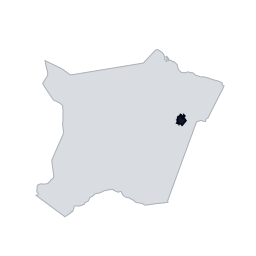 Kibwezi West, Eastern, Kenya shown in context, rotated 261°
{"feature_id": "3690345B25425189689724", "entity_name": "Kibwezi West", "entity_type": "district", "adm_level": 2, "iso_a3": "KEN", "parent_name": "Kenya", "parent_adm1": "Eastern", "projection": "orthographic", "projection_center": [37.912, -2.311], "detail": "fine", "context": "in_parent", "style": "filled", "palette": "ink", "viewbox_px": 256, "rotation_deg": 261, "n_neighbors": 0, "source": "geoboundaries", "source_scale": "gbopen_adm2", "svg_char_len": 4845}
<svg xmlns="http://www.w3.org/2000/svg" viewBox="0 0 256 256"><g transform="rotate(261 128 128)"><path d="M48.5,155.9L48.4,152.5L48.9,143.8L48.9,136.2L49.3,132.4L51.2,130.0L52.0,128.2L52.6,125.8L53.6,123.8L55.9,122.1L56.3,121.2L58.6,118.5L60.0,115.0L61.1,113.8L62.4,112.7L63.4,112.2L64.9,111.6L66.1,111.3L66.4,111.0L66.5,110.4L66.1,108.3L66.6,107.5L67.4,106.1L68.3,104.8L69.2,103.9L69.7,103.0L69.9,101.5L69.9,100.4L69.9,98.7L69.7,94.7L68.7,91.3L68.1,87.6L68.5,86.4L67.7,84.2L67.4,84.1L66.7,83.6L65.9,81.5L65.3,79.6L64.9,79.2L62.2,77.5L60.9,73.7L59.4,72.8L58.7,68.9L58.5,67.8L59.4,64.0L59.3,63.1L58.4,62.3L55.9,61.5L53.9,59.9L54.1,59.3L54.3,58.8L53.2,58.4L50.2,51.8L54.2,47.9L58.2,43.9L63.4,38.8L68.2,34.2L72.3,30.1L76.0,26.6L75.9,27.2L75.9,28.1L76.3,28.7L77.1,29.1L78.1,28.7L79.0,28.1L79.9,28.0L85.4,29.5L86.3,30.8L86.3,32.2L86.5,33.2L86.1,34.2L85.6,37.3L85.7,40.1L87.4,42.2L88.8,43.8L90.0,46.1L90.9,46.8L92.1,47.2L95.8,47.3L101.4,47.4L106.8,47.6L107.3,47.6L108.4,47.9L113.4,51.0L117.9,53.9L121.8,56.4L125.5,58.8L129.1,61.1L132.0,63.1L134.7,63.7L139.2,63.9L142.4,64.0L145.2,64.9L149.5,65.6L152.7,66.0L154.7,66.5L160.0,66.9L160.9,66.6L163.3,64.5L165.9,61.0L166.9,59.1L170.4,57.2L176.4,54.5L180.6,52.6L185.3,50.7L187.4,52.4L190.4,55.0L191.7,56.3L192.8,56.9L194.4,57.3L196.3,57.3L197.4,57.2L199.6,56.9L204.7,56.6L207.6,56.6L205.1,60.1L202.2,64.3L196.8,72.0L192.7,76.1L189.6,79.2L189.4,79.7L189.4,83.1L189.4,91.5L189.5,108.3L189.6,125.1L189.7,141.9L189.7,150.3L189.7,153.2L192.4,156.7L195.1,160.2L198.6,164.8L200.5,167.2L200.8,168.0L200.7,169.7L197.8,173.1L195.4,174.7L192.2,175.4L191.3,175.2L190.0,174.7L189.5,175.6L189.1,176.9L188.4,176.6L187.9,176.2L188.2,178.5L188.5,179.6L188.1,181.1L186.5,182.4L186.4,183.6L183.0,186.5L178.2,186.8L175.7,188.3L174.6,189.5L173.7,192.1L174.0,196.1L172.7,199.1L172.4,200.7L169.9,202.7L168.8,204.5L168.0,206.4L167.3,207.2L166.5,211.4L165.3,213.9L165.0,214.7L164.7,215.5L163.8,217.0L163.3,218.0L162.8,218.7L159.9,225.2L157.7,228.1L155.9,227.8L154.7,228.9L154.6,229.4L153.9,229.1L152.4,228.1L149.4,225.9L146.3,223.6L143.3,221.4L140.2,219.2L137.2,217.0L134.1,214.8L131.1,212.6L128.0,210.4L126.2,209.1L125.4,208.3L124.8,206.8L124.5,206.4L123.7,206.0L122.7,205.9L122.4,205.6L122.4,204.8L122.8,203.8L123.9,201.7L124.0,200.6L123.8,199.2L123.4,197.0L123.1,196.5L121.1,195.4L116.9,193.0L112.6,190.7L108.4,188.3L104.1,185.9L99.8,183.5L95.6,181.2L91.3,178.8L87.1,176.4L82.8,174.1L78.6,171.7L74.3,169.3L70.1,167.0L65.8,164.6L61.6,162.2L57.3,159.9L53.1,157.5L51.5,156.6L50.0,155.8L48.5,155.9ZM190.0,178.9L189.2,179.1L189.6,177.9L191.8,176.5L192.7,176.8L192.9,177.1L192.8,177.4L192.4,177.7L190.0,178.9Z" fill="#d9dde1" stroke="#a8b0b8" stroke-width="1"/><path d="M122.2,181.9L124.6,184.7L126.2,186.5L128.0,185.6L128.5,185.3L129.0,184.5L129.4,183.9L129.0,183.8L128.8,183.8L128.8,183.7L128.6,183.5L128.7,183.4L128.9,183.3L129.0,183.1L129.3,183.1L129.5,183.1L129.6,183.3L129.8,183.4L130.0,183.4L130.1,183.5L129.9,183.5L129.7,183.8L129.6,184.0L129.5,184.3L129.8,184.7L129.9,184.8L130.2,185.3L130.4,185.6L130.6,185.8L130.7,186.0L130.9,186.1L131.0,186.0L131.3,185.9L131.6,185.7L132.2,185.3L132.3,185.2L132.2,185.2L131.9,185.2L131.7,185.2L131.4,185.0L131.3,184.9L131.2,184.9L131.1,184.7L130.9,184.5L130.9,184.4L130.8,184.1L130.9,183.9L131.0,183.8L131.2,183.7L131.3,183.5L131.3,183.4L131.5,183.3L131.6,183.2L131.8,183.2L131.8,183.3L132.0,183.2L132.3,182.9L132.5,182.8L132.4,182.8L132.5,182.8L132.7,182.7L132.8,182.5L132.7,182.4L132.8,182.3L132.7,182.3L132.7,182.2L132.8,182.2L133.0,182.1L132.9,182.1L132.7,182.0L132.6,181.9L132.6,181.7L132.4,181.7L132.5,181.6L132.4,181.5L132.5,181.4L132.3,181.3L132.2,181.3L132.2,181.2L131.9,180.9L131.7,180.9L131.8,180.8L131.7,180.7L131.6,180.2L131.6,179.9L131.4,179.8L131.4,179.6L131.3,179.4L131.2,179.3L131.2,179.2L131.3,179.1L131.2,179.0L130.9,178.9L130.7,178.8L130.7,178.7L130.4,178.7L130.0,178.8L129.9,178.9L129.7,178.9L129.7,179.0L129.5,178.9L129.5,178.7L129.4,178.6L129.2,178.5L129.2,178.4L128.9,178.4L128.7,178.3L128.7,178.2L128.6,178.3L128.5,178.2L128.4,178.2L128.4,178.3L128.2,178.3L128.1,178.2L127.9,178.0L127.8,178.3L127.7,178.3L127.7,178.2L127.4,178.0L127.4,177.9L127.2,177.9L127.2,178.0L127.2,177.9L126.9,177.9L126.9,178.0L126.7,178.1L126.6,177.9L126.5,178.0L126.5,177.9L126.4,177.9L126.2,177.8L126.1,177.7L125.9,177.4L125.8,177.5L125.7,177.5L125.7,177.4L125.4,177.3L125.3,177.2L125.3,177.3L125.2,177.3L125.0,177.5L124.9,177.6L124.7,177.7L124.6,177.8L124.4,178.0L124.3,178.3L124.3,178.6L124.3,178.8L123.9,178.9L124.1,179.0L124.2,178.9L124.3,179.0L124.4,179.3L124.5,179.3L124.7,179.5L124.4,179.6L124.2,179.8L124.1,180.0L123.9,180.1L123.8,180.3L123.8,180.5L123.8,180.9L123.8,181.0L123.7,181.0L123.6,181.3L123.5,181.5L123.5,181.4L123.4,181.4L123.2,181.5L122.9,181.5L122.7,181.7L122.4,181.7L122.4,181.8L122.2,181.9L122.2,181.9Z" fill="#0f172a" stroke="#020617" stroke-width="1.5"/></g></svg>